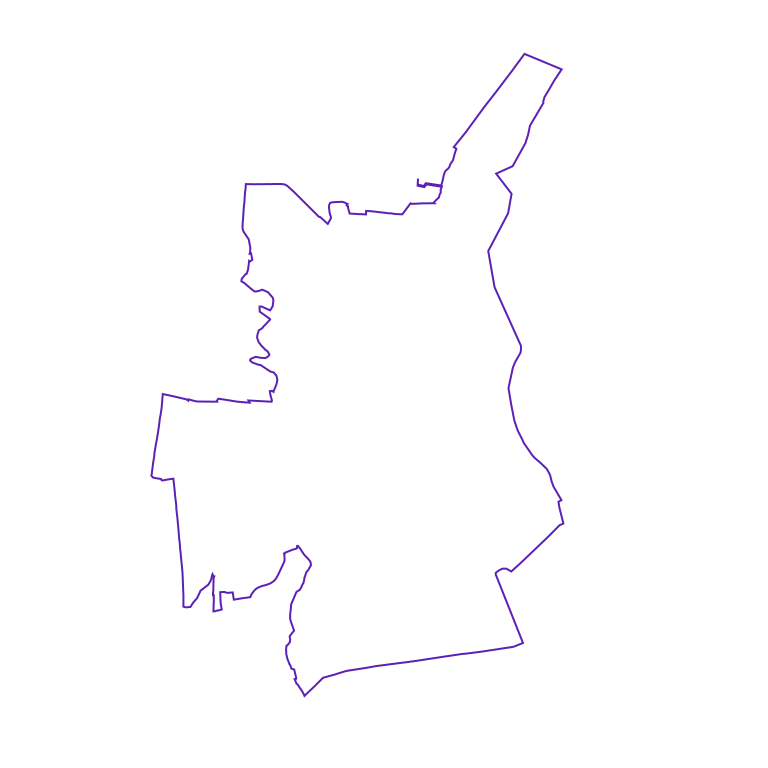 Zacatepec, Morelos, Mexico (orthographic projection), rotated 166°
{"feature_id": "50627088B6511660519549", "entity_name": "Zacatepec", "entity_type": "district", "adm_level": 2, "iso_a3": "MEX", "parent_name": "Mexico", "parent_adm1": "Morelos", "projection": "orthographic", "projection_center": [-99.2, 18.65], "detail": "fine", "context": "isolated", "style": "outline", "palette": "violet", "viewbox_px": 768, "rotation_deg": 166, "n_neighbors": 0, "source": "geoboundaries", "source_scale": "gbopen_adm2", "svg_char_len": 6140}
<svg xmlns="http://www.w3.org/2000/svg" viewBox="0 0 768 768"><g transform="rotate(166 384 384)"><path d="M629.9,226.8L632.5,216.5L630.3,215.2L625.8,214.5L621.8,218.2L617.1,221.5L613.2,226.3L612.1,227.8L606.6,230.2L603.0,231.8L600.1,234.7L598.3,237.3L597.6,239.1L596.4,240.9L595.8,238.4L595.3,238.3L596.3,236.8L598.0,230.7L599.7,224.4L599.8,224.3L600.4,223.0L601.0,220.5L600.3,220.3L601.7,214.3L602.5,211.9L604.5,204.6L603.0,204.4L601.7,204.5L599.3,204.4L597.8,204.4L596.0,204.4L595.6,209.3L595.4,211.6L593.3,221.6L591.1,221.3L590.0,221.0L589.6,220.9L588.3,220.4L586.9,219.3L585.3,219.0L583.1,218.7L581.2,218.3L581.9,211.1L578.3,210.8L576.8,210.7L575.9,210.6L572.1,210.3L570.5,210.1L569.0,209.9L566.6,209.7L565.3,209.5L563.9,211.4L562.2,213.1L559.6,215.1L559.1,215.4L557.2,216.4L555.2,216.9L553.1,217.3L551.4,217.5L547.8,217.5L545.1,217.7L542.1,218.1L540.3,218.8L538.9,219.3L537.7,220.0L535.8,221.4L532.7,224.7L529.4,228.8L525.8,233.2L523.7,235.8L523.0,237.4L522.4,240.3L522.0,242.9L522.0,243.7L521.2,243.5L520.4,244.3L519.9,244.4L515.8,244.9L513.0,245.3L511.0,245.4L509.3,245.4L508.6,245.5L508.1,245.9L507.7,247.2L507.6,247.8L506.9,247.9L506.1,246.6L504.8,243.7L503.9,240.8L503.2,238.7L502.0,236.3L500.4,233.6L499.4,231.6L498.4,229.5L498.6,226.0L502.5,221.8L504.9,220.2L507.1,216.6L508.2,215.1L508.7,213.5L510.3,210.5L510.8,209.9L511.5,209.4L513.9,206.2L515.9,204.4L517.2,204.2L519.4,203.3L519.6,203.0L527.5,192.5L528.0,190.7L530.5,183.9L531.7,180.0L531.9,176.9L530.9,166.4L531.5,166.0L534.1,164.1L536.6,162.0L536.8,159.1L537.8,156.3L541.0,153.8L541.9,153.7L543.5,149.4L543.4,148.7L544.1,146.1L544.2,143.7L544.2,140.5L543.4,134.5L543.1,134.4L542.9,133.2L542.7,130.3L540.2,128.7L540.3,119.7L540.6,119.2L542.1,119.3L541.7,116.9L541.4,114.5L540.5,113.3L539.1,109.4L537.9,106.1L536.8,102.2L536.6,100.6L532.9,102.8L524.0,107.8L514.2,113.7L502.0,114.0L496.2,114.4L489.3,114.7L489.1,114.6L488.9,114.6L468.9,112.8L459.5,112.2L459.0,112.1L453.9,111.5L446.0,110.6L444.0,110.4L442.7,110.2L433.2,109.1L427.1,108.3L424.7,108.2L423.1,107.9L401.1,105.8L392.2,105.0L380.3,103.8L373.7,103.2L368.6,102.4L354.1,100.7L321.9,97.7L311.8,99.1L321.5,171.1L321.7,171.3L321.7,171.8L321.2,173.8L317.9,175.2L313.8,176.2L309.9,175.2L305.9,171.3L295.7,176.7L264.6,194.4L261.0,196.5L247.8,204.5L243.7,205.2L243.7,221.9L243.2,227.5L239.9,228.4L244.3,243.2L244.9,248.6L244.9,255.7L246.6,262.2L251.5,270.0L255.8,276.0L257.4,279.1L262.6,292.9L263.6,298.3L265.4,305.8L265.9,310.0L265.9,311.5L266.4,317.0L265.5,333.8L264.2,349.9L255.0,368.7L251.4,373.6L244.7,380.6L243.8,381.6L242.7,384.5L241.9,388.0L253.3,451.1L250.7,487.8L222.3,519.6L214.2,537.7L224.3,561.0L206.5,564.2L188.4,583.6L186.7,586.5L184.1,590.6L179.9,599.3L161.3,618.2L161.2,619.5L158.8,623.6L152.5,629.9L145.9,636.8L140.5,641.8L135.5,646.3L167.8,670.3L170.5,668.1L171.8,667.0L176.3,663.3L184.1,656.8L205.4,639.7L219.0,629.1L236.1,614.9L243.5,608.7L259.0,597.0L257.3,595.2L256.9,594.7L259.5,590.7L262.1,585.9L263.0,584.4L263.8,583.6L264.2,583.2L264.9,582.7L266.4,581.3L267.8,579.2L268.0,578.8L269.8,577.4L271.4,576.6L272.6,576.0L273.5,575.2L274.3,574.1L274.9,573.0L275.5,572.1L276.2,570.7L276.9,569.3L277.3,568.3L277.8,567.4L278.3,566.5L280.0,563.5L280.3,562.9L281.0,563.0L290.7,567.0L294.9,568.7L297.6,566.5L303.0,569.4L301.3,575.1L303.4,568.3L297.3,565.3L294.5,567.4L291.1,566.0L281.7,562.0L280.1,561.6L282.2,558.4L282.4,556.8L282.8,555.8L284.4,554.1L285.4,551.9L287.4,550.8L288.5,550.1L290.1,549.1L292.0,547.9L291.5,547.2L292.0,547.3L301.7,549.7L313.3,552.0L314.5,552.9L317.2,550.7L325.2,544.2L332.3,546.3L336.3,548.1L337.8,548.3L340.3,549.4L342.5,550.2L347.1,551.9L349.9,553.0L354.3,554.6L355.8,555.1L359.5,556.2L360.4,552.9L365.1,554.3L366.0,554.5L376.1,557.7L376.2,560.9L376.2,564.2L375.9,565.2L377.1,566.2L377.1,566.3L377.0,566.5L376.5,567.1L376.3,567.3L375.9,567.5L378.2,569.5L379.4,570.3L380.8,571.0L383.0,571.4L386.2,572.1L391.1,572.9L392.6,572.6L393.7,571.3L394.6,569.1L395.3,563.5L395.3,561.2L395.1,558.9L395.3,557.8L399.7,553.0L399.8,552.9L405.4,561.3L406.7,562.0L425.1,592.5L430.0,599.8L431.4,601.0L432.3,601.7L433.4,602.2L435.1,602.8L438.0,603.6L441.6,604.4L442.1,604.6L442.9,604.8L446.0,605.4L447.6,605.9L454.7,607.5L457.4,608.3L460.8,609.0L469.7,611.4L470.8,607.8L470.9,607.5L472.1,604.4L472.4,603.7L473.5,600.5L473.9,599.1L474.7,596.7L475.5,594.1L475.9,593.1L476.8,590.7L477.0,590.2L479.7,581.9L480.8,578.4L482.2,574.3L482.3,574.0L482.9,572.0L483.3,570.6L483.6,569.0L483.6,567.3L483.2,565.0L481.9,561.6L480.3,557.2L480.3,555.9L480.5,553.3L480.7,548.9L481.1,547.2L481.4,546.2L482.5,543.5L482.8,542.9L481.4,543.0L481.4,542.7L481.7,536.4L484.4,535.4L484.6,535.3L485.1,536.0L488.2,527.9L490.7,524.1L491.7,524.1L496.1,520.9L497.1,519.5L497.5,518.1L495.1,515.8L490.6,509.4L489.3,507.7L487.4,505.3L485.9,504.7L482.5,504.6L479.5,505.0L477.4,503.6L474.3,501.0L471.0,494.5L471.1,491.8L473.3,486.2L476.7,483.0L484.1,488.8L486.0,489.3L487.1,484.3L478.8,474.5L478.9,474.1L485.7,469.7L486.7,469.2L487.0,469.0L488.1,468.0L489.9,467.1L492.6,466.3L495.1,462.0L495.9,459.8L495.6,455.3L493.8,451.0L490.7,445.7L489.1,444.0L488.7,442.1L488.1,440.9L488.3,439.8L489.5,439.0L491.2,438.2L492.6,437.9L496.5,438.9L501.9,441.4L506.9,440.7L508.2,439.6L507.8,438.3L506.3,436.5L500.9,432.9L499.2,432.3L491.4,423.7L488.3,421.9L486.4,418.2L486.4,414.0L488.3,409.9L492.9,403.6L493.1,403.1L494.4,404.5L496.5,404.7L496.9,399.9L496.7,397.3L496.9,394.6L497.4,394.0L500.7,395.0L519.5,400.8L518.9,398.4L523.5,399.9L526.5,400.9L531.5,402.7L540.3,406.5L548.3,409.8L550.3,408.1L550.2,407.2L569.5,412.2L572.8,413.8L577.4,416.4L578.0,415.2L579.4,416.9L591.7,423.2L600.9,427.7L601.1,427.8L604.2,418.6L604.8,417.0L605.3,415.2L608.3,408.0L609.5,405.6L613.0,396.5L615.4,390.8L618.0,384.8L618.1,384.5L619.6,381.4L623.8,371.6L624.2,370.0L627.1,363.3L631.2,352.7L631.9,351.5L630.9,349.3L628.8,348.1L623.4,345.8L623.0,344.3L621.1,343.8L620.1,343.9L616.9,343.6L615.0,343.5L611.3,343.1L612.9,331.2L613.6,327.0L615.0,316.0L615.5,314.3L616.2,309.3L616.9,303.9L618.8,291.6L620.3,282.6L620.6,279.4L621.7,273.3L622.2,269.0L622.7,266.6L622.7,266.3L624.6,253.2L625.2,249.5L626.7,242.2L629.9,226.8Z" fill="none" stroke="#5b21b6" stroke-width="2"/></g></svg>